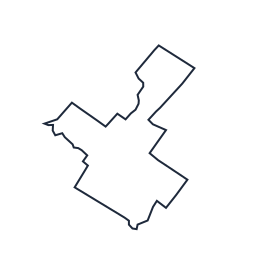 the district of Picada Café, Rio Grande do Sul, Brazil, rotated 297°
{"feature_id": "56859067B3523783610798", "entity_name": "Picada Café", "entity_type": "district", "adm_level": 2, "iso_a3": "BRA", "parent_name": "Brazil", "parent_adm1": "Rio Grande do Sul", "projection": "equal_earth", "projection_center": [-51.109, -29.454], "detail": "fine", "context": "isolated", "style": "outline", "palette": "slate", "viewbox_px": 256, "rotation_deg": 297, "n_neighbors": 0, "source": "geoboundaries", "source_scale": "gbopen_adm2", "svg_char_len": 843}
<svg xmlns="http://www.w3.org/2000/svg" viewBox="0 0 256 256"><g transform="rotate(297 128 128)"><path d="M41.8,181.6L46.3,180.4L54.5,187.5L69.1,186.1L76.2,186.8L74.1,198.1L90.1,201.3L108.9,204.4L109.7,198.0L112.4,174.8L113.0,169.4L115.4,158.7L129.2,160.7L143.4,162.8L142.6,148.5L144.6,142.5L155.4,145.5L160.6,147.4L192.2,156.2L211.5,160.0L215.5,117.9L209.2,116.1L180.9,109.5L176.9,115.0L175.2,121.0L171.8,122.8L161.9,121.5L157.5,125.1L154.4,126.4L147.7,126.4L142.3,123.9L134.6,121.9L135.9,112.0L122.5,108.4L119.1,107.4L120.7,97.0L123.6,76.3L125.1,66.5L103.6,61.0L94.0,51.6L94.4,55.7L96.7,59.8L91.5,62.1L88.5,66.5L93.5,71.8L91.1,75.9L88.3,86.1L86.0,88.5L87.5,92.8L87.2,96.8L85.1,104.1L77.8,103.0L76.3,109.3L70.5,108.9L50.9,107.4L46.6,165.6L45.8,170.9L42.3,172.7L40.5,177.6L41.8,181.6Z" fill="none" stroke="#1e293b" stroke-width="2"/></g></svg>